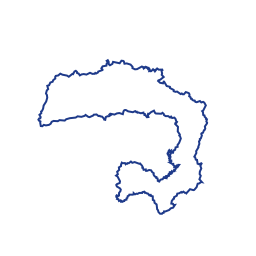 outline of Quibdó, Chocó, Colombia, rotated 210°
{"feature_id": "7082276B88455186246146", "entity_name": "Quibdó", "entity_type": "district", "adm_level": 2, "iso_a3": "COL", "parent_name": "Colombia", "parent_adm1": "Chocó", "projection": "mercator", "projection_center": [-76.757, 5.984], "detail": "fine", "context": "isolated", "style": "outline", "palette": "blue", "viewbox_px": 256, "rotation_deg": 210, "n_neighbors": 0, "source": "geoboundaries", "source_scale": "gbopen_adm2", "svg_char_len": 5756}
<svg xmlns="http://www.w3.org/2000/svg" viewBox="0 0 256 256"><g transform="rotate(210 128 128)"><path d="M115.8,93.1L115.0,91.4L116.2,89.3L114.7,87.4L115.5,84.7L113.7,82.9L114.5,80.8L112.7,80.7L108.3,77.9L107.7,76.2L109.5,73.9L109.7,72.8L108.4,71.8L104.8,71.7L103.5,71.1L103.0,69.6L103.3,67.3L102.0,65.0L102.5,64.1L104.1,64.1L104.2,63.2L103.4,62.3L101.9,61.8L101.9,61.1L100.6,61.4L99.3,60.3L98.2,61.7L97.5,61.6L97.1,60.7L95.8,61.4L95.8,62.0L94.7,62.9L95.0,63.8L93.5,65.2L94.1,66.3L93.6,67.2L94.2,68.8L93.4,70.0L93.5,70.9L90.4,72.7L90.1,73.6L90.5,74.4L88.8,74.0L87.8,75.4L86.8,75.7L85.8,77.4L83.2,78.9L83.4,79.7L82.0,81.0L80.9,80.4L80.7,80.8L79.2,80.7L78.1,81.2L76.1,80.4L75.7,81.0L74.9,80.6L74.6,81.3L73.7,80.8L72.4,81.2L70.5,78.1L69.0,78.3L67.6,76.5L65.0,76.1L62.1,72.2L60.9,71.8L59.7,70.5L57.4,69.8L55.7,70.7L55.6,71.7L54.7,72.4L55.1,73.8L54.0,74.3L51.4,77.5L50.8,79.8L49.1,81.6L48.9,84.8L49.9,84.0L51.1,84.8L52.7,84.2L53.6,86.7L53.3,89.3L52.8,89.8L53.5,91.1L51.9,93.8L52.5,95.8L51.0,97.1L49.9,99.2L49.0,99.0L48.2,100.6L46.3,100.3L45.4,100.9L44.8,100.6L43.7,106.0L40.3,106.9L39.7,107.5L39.0,111.1L39.8,114.6L38.7,115.5L37.6,117.9L37.0,118.1L40.5,119.3L41.1,123.0L42.9,123.9L44.0,126.2L44.3,129.6L46.4,131.4L46.5,134.0L46.9,134.1L48.4,132.1L49.9,131.9L52.3,134.9L53.5,134.5L55.2,136.2L56.2,136.3L56.3,140.5L57.4,142.0L57.3,146.4L57.7,146.7L58.3,150.0L59.8,151.9L59.6,153.3L60.3,154.4L59.7,155.3L60.3,158.5L61.6,159.5L61.6,160.3L60.7,161.4L61.1,164.0L60.7,164.4L60.8,166.1L62.2,167.8L61.9,171.4L62.1,172.1L63.4,172.8L64.0,175.0L65.0,174.8L65.4,175.6L67.3,176.1L68.0,177.1L69.4,176.9L70.9,179.1L72.2,179.7L71.6,180.8L71.9,186.5L74.6,188.1L76.0,188.2L77.3,186.8L79.2,187.3L81.4,184.7L82.7,184.3L84.0,185.1L85.1,184.5L86.5,184.6L87.3,185.2L88.2,184.8L89.2,185.9L90.9,186.1L91.2,187.4L92.4,188.5L93.5,188.5L95.9,188.0L96.5,185.1L97.7,184.5L98.7,184.8L99.4,183.7L103.7,184.1L104.9,183.1L106.8,182.7L107.5,183.8L111.6,183.6L112.3,184.6L115.5,183.7L119.9,186.2L120.3,186.0L120.0,184.2L122.8,183.2L125.5,183.8L125.5,184.4L124.2,186.0L122.6,190.0L125.4,190.9L125.8,192.4L127.6,194.3L127.1,195.3L127.6,195.7L130.5,193.9L132.5,194.1L132.9,191.3L133.2,191.7L133.4,191.1L133.8,191.5L134.1,190.9L135.7,191.4L136.3,188.9L137.1,188.3L137.7,188.7L138.1,188.2L138.4,189.3L139.1,189.1L138.9,189.8L140.2,190.4L140.8,189.5L142.0,190.1L142.9,189.9L142.6,189.3L144.2,188.9L144.0,188.2L144.5,188.2L144.5,187.6L145.4,188.2L146.7,188.2L149.6,183.5L151.3,182.3L154.1,182.1L154.7,183.3L157.5,184.2L161.4,183.3L163.2,181.9L164.9,183.6L165.7,183.7L167.3,183.0L167.6,179.9L174.0,177.8L173.6,175.7L175.0,173.3L176.5,173.6L178.0,175.8L179.4,176.6L180.0,175.5L178.1,174.7L178.7,173.2L177.9,171.2L180.8,168.7L180.9,166.4L179.3,165.9L179.1,165.4L182.0,162.0L181.8,161.0L182.9,159.2L183.9,159.3L184.1,158.2L185.9,157.1L188.5,156.8L190.7,153.5L193.3,152.6L195.0,151.2L196.0,149.5L198.1,150.5L199.5,150.1L200.3,151.1L201.8,151.4L202.6,150.2L202.5,147.2L203.2,147.1L204.9,142.8L207.0,142.9L211.4,141.4L213.8,141.2L214.7,138.6L216.6,137.0L216.6,135.8L215.7,134.5L216.7,132.0L216.4,130.4L218.0,128.5L217.7,125.6L219.0,124.2L216.6,121.8L217.1,120.0L216.3,116.9L214.7,116.0L213.1,113.9L212.1,110.0L212.3,105.3L211.2,102.3L211.0,99.8L211.5,98.8L210.5,97.5L211.3,95.1L209.1,93.8L208.8,92.5L209.7,91.9L209.8,90.5L208.9,89.9L207.1,89.9L206.7,88.7L204.5,86.1L203.1,86.7L202.5,88.6L200.4,89.2L198.0,91.2L197.1,93.0L197.2,95.2L196.0,96.9L192.2,98.8L191.2,100.6L186.5,102.8L185.9,104.7L183.3,107.4L178.5,110.9L177.5,112.9L173.9,114.4L171.6,116.9L171.3,118.1L168.0,117.8L166.7,118.2L164.4,121.4L164.3,122.4L162.0,124.0L159.6,123.6L158.5,124.4L157.8,124.2L156.2,124.9L153.5,124.1L152.9,123.4L151.8,123.7L152.7,126.4L151.6,128.0L150.4,128.6L149.5,130.4L150.8,130.5L150.5,131.5L146.4,132.9L144.9,135.1L143.0,136.6L139.4,137.4L140.2,140.1L140.2,141.2L139.6,142.1L138.7,142.5L136.2,142.5L131.7,144.1L130.2,146.2L128.9,145.9L128.5,146.5L127.5,146.0L126.9,146.6L124.2,147.2L122.4,149.0L121.9,148.3L120.4,148.5L120.1,147.5L119.3,147.8L117.0,146.8L115.8,147.7L117.5,149.4L117.7,150.4L116.8,150.7L116.0,153.2L114.2,156.0L112.1,154.6L111.1,154.5L106.3,157.0L105.7,158.4L104.0,158.0L103.3,157.2L101.4,157.1L99.0,158.4L96.8,158.1L96.4,159.4L94.8,158.7L93.0,160.2L91.2,159.5L89.7,158.0L88.6,157.8L88.7,156.5L89.4,156.0L89.2,155.1L85.3,154.0L83.2,149.9L79.9,148.3L79.8,147.1L79.1,147.1L77.0,145.3L76.3,140.7L76.6,138.0L75.6,136.5L77.1,135.0L76.3,132.7L77.3,131.4L76.9,130.0L77.7,130.1L78.0,129.6L77.3,128.9L78.4,128.6L78.5,128.0L79.0,128.6L78.7,129.0L79.4,128.9L79.6,129.6L80.0,128.8L81.2,129.4L81.3,128.3L80.1,127.9L80.9,127.7L81.1,125.8L80.4,125.1L79.3,126.4L79.6,125.4L79.1,124.7L78.9,125.6L78.0,126.1L77.6,124.4L76.8,124.3L76.4,123.2L76.6,122.9L77.3,123.4L77.2,122.2L76.3,122.1L76.1,121.0L75.2,121.2L75.0,120.6L74.2,121.4L73.8,120.9L74.0,119.7L74.7,119.0L72.0,119.0L70.9,119.6L70.2,118.5L68.7,118.4L68.4,117.4L67.1,118.8L67.1,119.8L66.4,119.9L66.1,121.2L65.3,121.6L65.5,119.6L65.9,119.6L65.7,119.0L66.3,118.8L65.9,118.3L66.7,117.4L66.2,116.5L67.0,114.9L66.2,114.5L66.8,114.1L66.5,113.6L67.7,112.7L67.6,112.2L68.4,112.4L68.3,111.5L69.3,110.9L68.8,110.6L69.1,109.8L68.3,109.8L69.0,109.1L69.6,109.3L69.7,108.7L68.8,108.7L69.5,107.9L68.6,107.1L69.6,106.0L69.6,104.4L70.3,104.7L70.6,105.7L71.2,105.2L71.0,104.2L71.6,103.8L70.5,103.4L72.3,102.6L72.4,100.9L73.6,100.0L74.2,98.6L74.1,97.3L74.5,97.2L74.9,97.9L75.8,97.2L77.2,99.1L78.6,98.9L78.9,99.7L79.9,99.4L81.5,99.8L82.6,100.5L83.1,101.7L85.0,101.9L86.8,102.9L88.7,102.2L90.2,100.3L91.1,99.9L91.9,101.0L93.6,99.6L95.0,100.9L95.7,100.8L95.7,101.5L97.1,102.4L99.8,103.3L100.2,102.7L105.2,101.8L106.9,100.0L108.7,100.4L109.7,97.9L110.9,97.3L110.9,96.5L111.9,96.1L112.0,95.5L113.1,96.1L115.1,94.8L116.0,94.9L115.8,93.1Z" fill="none" stroke="#1e3a8a" stroke-width="2"/></g></svg>